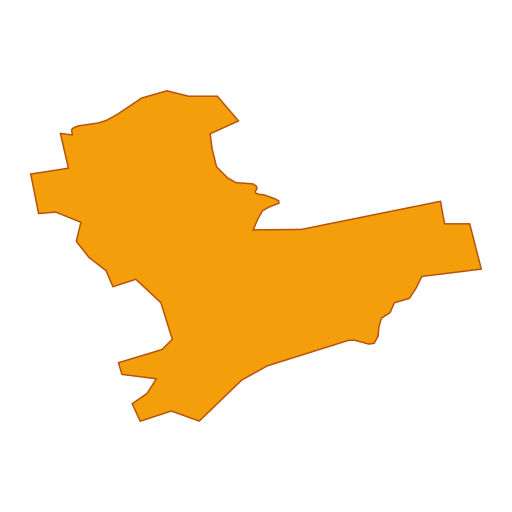 SVG path tracing the border of Vecumnieku
{"feature_id": "LVA-5735", "entity_name": "Vecumnieku", "entity_type": "Municipality", "adm_level": 1, "iso_a3": "LVA", "parent_name": "Latvia", "parent_adm1": "", "projection": "robinson", "projection_center": [24.617, 56.512], "detail": "fine", "context": "isolated", "style": "filled", "palette": "amber", "viewbox_px": 512, "rotation_deg": 0, "n_neighbors": 0, "source": "natural_earth", "source_scale": "10m", "svg_char_len": 1003}
<svg xmlns="http://www.w3.org/2000/svg" viewBox="0 0 512 512"><path d="M390.1,312.5L381.3,318.4L378.9,327.1L378.1,336.2L374.1,343.3L368.9,344.1L354.7,340.2L348.3,340.4L290.3,358.6L267.0,366.0L241.7,380.1L199.2,421.1L171.2,411.0L140.2,421.2L132.2,403.7L147.1,393.4L156.3,378.8L121.9,374.4L118.5,362.7L162.0,349.5L172.3,339.3L160.9,302.7L135.8,279.3L112.9,286.7L106.0,270.6L88.9,257.4L76.3,241.3L80.9,222.3L55.8,212.1L38.6,213.5L30.7,174.0L68.4,168.2L60.4,133.4L72.3,135.0L71.6,129.5L73.6,127.8L78.5,125.8L98.5,123.0L106.7,120.2L116.6,114.8L141.5,98.1L166.8,90.8L188.6,96.2L217.3,96.2L238.5,120.9L210.1,133.8L212.1,148.6L216.5,166.8L227.7,177.9L235.8,182.6L253.0,183.9L256.6,186.3L256.9,188.7L255.3,191.5L255.9,193.3L258.9,194.3L263.8,194.8L275.0,198.8L278.8,201.0L278.9,203.2L268.7,207.2L262.3,210.9L257.8,219.1L253.2,229.9L301.4,229.4L440.5,201.3L444.6,223.8L469.7,223.8L481.3,269.1L421.8,276.4L416.1,288.1L409.3,298.4L394.4,302.7L390.1,312.5Z" fill="#f59e0b" stroke="#b45309" stroke-width="1.5"/></svg>